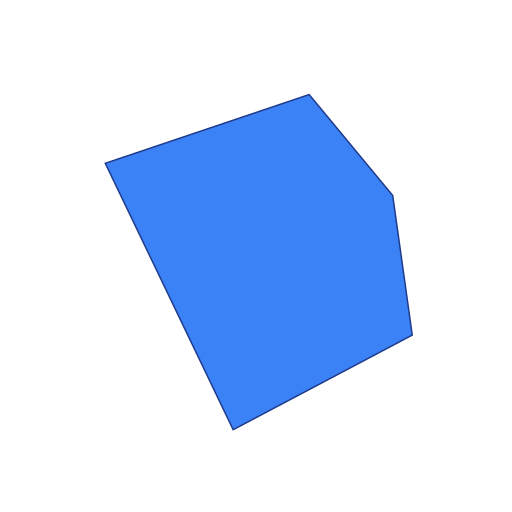 the border of Isla, rotated 112°
{"feature_id": "MLT-5953", "entity_name": "Isla", "entity_type": "state/province", "adm_level": 1, "iso_a3": "MLT", "parent_name": "Malta", "parent_adm1": "", "projection": "albers", "projection_center": [14.513, 35.886], "detail": "fine", "context": "isolated", "style": "filled", "palette": "blue", "viewbox_px": 512, "rotation_deg": 112, "n_neighbors": 0, "source": "natural_earth", "source_scale": "10m", "svg_char_len": 241}
<svg xmlns="http://www.w3.org/2000/svg" viewBox="0 0 512 512"><g transform="rotate(112 256 256)"><path d="M148.7,151.9L270.8,81.5L425.6,212.1L226.5,430.5L86.4,267.2L148.7,151.9Z" fill="#3b82f6" stroke="#1e3a8a" stroke-width="1.5"/></g></svg>